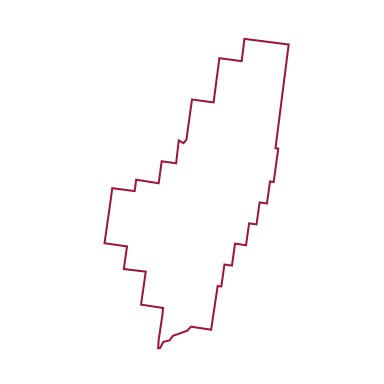 outline of Hot Springs, Wyoming, United States of America, rotated 278°
{"feature_id": "52423323B29926314501901", "entity_name": "Hot Springs", "entity_type": "district", "adm_level": 2, "iso_a3": "USA", "parent_name": "United States of America", "parent_adm1": "Wyoming", "projection": "orthographic", "projection_center": [-108.577, 43.77], "detail": "fine", "context": "isolated", "style": "outline", "palette": "rose", "viewbox_px": 384, "rotation_deg": 278, "n_neighbors": 0, "source": "geoboundaries", "source_scale": "gbopen_adm2", "svg_char_len": 742}
<svg xmlns="http://www.w3.org/2000/svg" viewBox="0 0 384 384"><g transform="rotate(278 192 192)"><path d="M173.6,112.6L129.1,112.5L129.1,135.2L106.2,135.2L106.7,157.3L73.4,157.2L73.1,179.5L65.8,179.8L40.0,179.6L32.5,180.3L33.1,182.1L39.6,184.5L41.9,190.4L46.9,193.1L53.9,206.5L58.5,209.8L58.3,230.1L102.4,230.5L102.5,234.2L124.7,234.2L124.7,241.8L146.9,241.8L146.8,252.9L168.9,252.9L168.9,260.4L191.1,260.4L191.1,267.8L213.3,267.8L213.2,271.5L244.2,271.4L247.0,271.4L247.0,268.6L351.5,267.2L351.4,259.8L350.9,222.6L328.5,223.0L328.3,200.5L283.7,200.9L283.6,179.1L243.1,179.2L239.2,176.8L241.2,171.7L218.2,172.3L218.2,157.7L196.0,157.8L196.4,135.0L184.9,135.1L184.7,112.5L173.6,112.6Z" fill="none" stroke="#9f1239" stroke-width="2"/></g></svg>